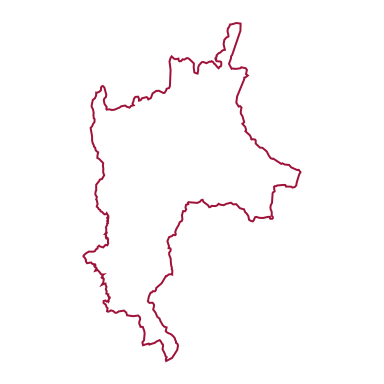 Abura-asebu-kwamankese, Central, Ghana
{"feature_id": "2480657B30493820921", "entity_name": "Abura-asebu-kwamankese", "entity_type": "district", "adm_level": 2, "iso_a3": "GHA", "parent_name": "Ghana", "parent_adm1": "Central", "projection": "equal_earth", "projection_center": [-1.222, 5.267], "detail": "fine", "context": "isolated", "style": "outline", "palette": "rose", "viewbox_px": 384, "rotation_deg": 0, "n_neighbors": 0, "source": "geoboundaries", "source_scale": "gbopen_adm2", "svg_char_len": 5942}
<svg xmlns="http://www.w3.org/2000/svg" viewBox="0 0 384 384"><path d="M240.6,23.6L236.4,23.0L231.5,24.4L230.2,24.4L228.8,27.5L227.9,28.4L227.5,31.4L228.4,35.1L228.4,36.6L226.4,37.5L224.3,39.9L223.6,44.2L224.9,49.8L222.5,50.4L220.2,52.6L218.6,53.2L216.6,55.3L216.7,56.5L215.6,57.8L215.5,58.9L216.2,59.0L216.0,60.0L216.2,60.8L217.1,61.3L220.2,61.5L221.0,61.9L221.3,62.8L221.2,65.7L220.6,66.5L219.8,66.6L218.6,68.2L217.0,66.7L215.1,64.2L214.1,63.7L213.0,61.9L211.5,61.2L210.9,61.8L209.5,61.6L206.5,63.2L203.3,62.0L201.8,62.2L198.9,65.4L198.1,68.0L198.3,69.7L197.6,73.6L197.3,73.6L194.4,72.5L193.7,67.7L193.9,63.4L189.1,58.8L187.1,58.0L184.2,59.6L182.6,59.3L181.1,61.1L179.5,61.3L178.8,60.7L178.4,58.6L175.9,59.2L174.2,58.8L171.6,56.4L170.6,57.9L169.5,61.4L170.6,70.0L169.9,86.2L169.1,88.0L166.6,88.8L166.2,90.3L164.5,92.9L163.4,93.0L159.0,90.8L156.3,90.9L152.6,93.4L150.9,98.0L148.3,99.4L147.6,97.8L146.7,97.1L142.1,98.2L140.6,100.2L139.0,100.6L138.9,98.5L138.1,96.7L135.4,96.9L134.0,98.7L133.5,101.1L132.5,103.7L133.7,105.3L131.1,105.9L129.6,107.6L126.6,106.7L125.5,105.6L124.2,105.7L121.2,106.3L119.7,107.5L114.4,109.7L112.0,110.0L109.2,109.3L106.7,109.6L106.3,108.7L106.7,107.0L104.5,103.9L103.8,100.3L104.3,98.6L105.9,97.0L106.3,94.8L104.4,87.6L103.0,86.1L102.2,86.1L101.1,87.2L100.9,90.3L99.3,91.8L97.1,92.7L96.2,92.6L96.1,95.6L94.9,98.3L92.8,100.0L91.7,105.3L91.6,106.6L93.1,109.7L93.7,113.2L93.4,114.6L93.8,118.3L94.6,119.1L94.5,122.0L93.2,123.7L92.1,126.3L90.6,127.9L92.1,136.5L92.1,140.4L92.6,142.9L93.6,144.8L94.1,146.8L95.2,147.7L95.5,149.7L96.5,151.2L98.2,152.3L97.6,154.5L97.3,157.9L99.0,158.8L103.2,163.1L102.9,165.8L103.3,168.5L103.2,172.6L104.2,175.2L102.0,179.0L99.8,179.6L99.3,180.9L96.2,184.7L96.2,190.5L95.7,191.2L95.3,193.8L95.5,194.9L96.9,197.0L96.2,199.4L96.7,200.0L97.6,204.0L96.7,206.6L98.1,207.8L98.7,209.1L100.2,210.0L100.6,211.4L101.9,211.8L104.4,214.3L106.0,214.2L106.7,213.2L108.4,216.1L108.2,217.9L107.7,217.5L107.6,218.0L107.2,218.1L107.5,218.8L108.0,218.8L107.7,219.4L108.0,219.8L108.0,221.3L107.2,221.3L107.9,223.2L107.1,223.6L107.2,225.0L105.9,227.2L106.3,229.3L106.2,231.6L106.8,232.8L106.0,233.6L105.6,233.3L104.9,234.2L105.7,234.3L106.1,235.5L105.8,236.4L106.3,237.7L106.0,237.9L106.2,238.4L107.0,238.7L107.6,238.1L108.1,239.2L107.9,242.3L108.2,243.5L107.3,245.3L105.5,244.9L103.2,247.4L99.6,246.3L99.1,245.7L97.6,247.1L97.5,248.5L96.0,249.3L94.9,251.1L93.4,251.7L88.8,251.6L85.7,253.5L83.6,255.6L83.5,256.6L84.5,257.4L86.0,260.0L85.8,261.1L86.9,263.2L91.1,262.5L92.4,263.9L95.2,264.4L95.4,265.3L94.3,266.0L95.0,267.1L96.3,267.6L96.8,269.2L96.4,269.9L95.7,269.7L95.2,270.8L97.6,270.0L100.2,272.8L100.5,273.7L102.3,274.6L103.4,274.5L102.3,275.3L102.7,275.8L101.2,278.2L102.7,277.3L103.2,277.9L103.1,278.6L103.8,279.0L103.3,282.5L101.9,284.8L103.7,283.9L105.5,283.6L105.8,285.5L106.5,286.9L105.8,289.3L106.7,291.2L106.3,293.6L108.3,294.3L108.0,295.7L108.6,296.1L108.8,297.1L109.3,297.2L109.1,297.9L109.6,298.0L108.2,300.7L108.7,301.2L108.4,301.8L107.8,301.0L106.8,301.6L105.4,300.5L103.7,301.0L103.5,301.6L103.7,303.2L105.7,304.6L106.6,307.2L107.6,308.2L107.0,311.2L107.9,311.7L109.3,311.4L110.9,310.4L113.4,311.1L114.6,312.4L115.6,312.8L117.1,312.6L118.5,311.5L124.0,310.6L126.2,312.5L127.1,315.3L133.2,316.2L138.2,315.5L139.8,317.2L140.2,319.1L139.2,322.1L139.4,324.4L140.2,325.4L140.4,326.8L142.8,327.0L144.4,331.3L144.6,333.8L144.0,340.3L142.4,342.3L143.0,345.2L148.5,343.6L148.9,343.7L149.3,344.5L149.9,344.0L150.4,344.2L154.9,342.8L156.3,341.6L159.7,340.1L161.3,342.1L161.9,343.7L162.9,344.4L163.1,345.8L162.5,349.2L165.0,354.1L165.6,356.3L166.7,357.2L166.0,358.6L165.8,359.8L166.2,361.0L172.1,357.9L177.2,350.0L178.0,345.7L177.5,343.9L176.0,342.8L176.0,341.3L175.2,340.0L175.0,338.6L173.7,336.7L171.4,334.5L167.3,332.6L165.7,331.2L166.6,327.4L164.3,326.7L162.8,325.2L160.5,321.2L159.5,318.6L157.3,316.8L155.5,312.6L153.2,309.6L154.1,305.6L153.9,304.4L152.5,302.7L149.4,302.9L147.9,301.4L148.9,296.4L150.6,292.7L151.7,292.5L152.9,291.2L155.0,291.3L155.8,290.2L156.3,287.9L161.7,283.2L165.9,276.1L166.4,276.3L168.7,274.5L170.9,274.2L172.2,274.6L172.3,270.2L171.7,269.2L171.9,267.5L171.3,266.1L170.8,262.2L170.7,258.6L169.3,255.1L169.1,252.8L170.5,250.9L170.7,249.4L170.4,248.4L168.6,248.1L169.0,246.2L167.4,241.2L169.1,237.1L171.9,236.1L173.3,234.8L175.1,235.2L175.6,234.8L175.8,234.1L175.2,232.2L176.2,229.2L178.6,225.1L179.8,222.1L181.9,220.9L182.4,219.2L182.0,215.1L183.1,211.1L185.2,211.2L186.2,209.3L185.5,207.7L186.0,204.8L188.2,204.2L187.8,202.9L188.4,202.2L197.4,202.9L200.1,201.6L201.2,200.2L202.6,199.8L203.4,201.8L208.2,205.4L209.3,207.2L210.5,206.9L211.6,205.9L215.5,206.1L217.1,205.4L218.6,203.8L220.4,204.7L223.7,205.2L226.2,203.9L230.9,202.7L233.2,204.4L236.3,204.2L239.9,208.2L244.1,209.4L245.1,212.1L246.4,213.2L248.3,216.0L249.1,219.8L250.9,220.9L252.8,221.4L253.6,220.5L255.1,217.2L256.5,216.9L259.1,217.8L263.0,218.0L267.8,216.9L269.9,216.9L269.9,218.2L270.4,218.8L272.1,218.8L272.8,218.3L272.8,217.0L271.6,215.4L271.8,213.4L271.5,211.1L270.7,209.7L270.4,207.2L270.8,205.1L272.0,202.9L272.6,193.3L273.0,192.4L274.6,191.4L274.0,186.9L274.7,186.2L276.0,186.2L277.1,185.5L283.4,184.9L285.4,185.1L285.9,186.5L291.3,186.7L292.5,187.6L294.8,187.0L296.3,185.3L296.7,182.6L299.2,174.4L300.5,172.2L298.7,169.8L297.1,170.0L291.1,167.3L289.2,165.0L284.6,164.5L282.4,163.3L281.3,163.9L273.2,158.6L272.5,158.9L270.7,158.2L268.9,155.7L266.7,151.4L262.4,147.8L259.9,147.6L255.7,143.5L255.7,140.4L255.1,139.6L253.1,139.2L251.7,139.5L251.2,139.1L251.2,138.1L249.9,135.3L245.4,131.3L246.1,130.2L245.3,127.0L242.4,123.8L244.2,122.2L242.4,116.0L240.8,113.6L240.8,111.2L241.5,107.5L240.0,106.1L238.7,106.6L236.3,102.7L237.1,96.5L243.7,80.5L244.4,78.3L244.3,77.6L245.6,77.3L247.8,75.5L246.0,74.1L246.9,69.9L245.6,68.2L241.2,67.3L240.5,68.2L237.6,68.7L234.4,68.9L233.0,68.4L231.6,68.8L229.0,63.8L230.9,58.7L231.1,56.3L232.1,55.1L240.4,30.8L240.6,23.6Z" fill="none" stroke="#9f1239" stroke-width="2"/></svg>